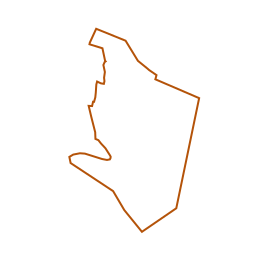 Darwin Waterfront Precinct, Australia (Equal Earth projection), rotated 311°
{"feature_id": "25037944B77006542086789", "entity_name": "Darwin Waterfront Precinct", "entity_type": "district", "adm_level": 2, "iso_a3": "AUS", "parent_name": "Australia", "parent_adm1": "", "projection": "equal_earth", "projection_center": [130.846, -12.469], "detail": "fine", "context": "isolated", "style": "outline", "palette": "amber", "viewbox_px": 256, "rotation_deg": 311, "n_neighbors": 0, "source": "geoboundaries", "source_scale": "gbopen_adm2", "svg_char_len": 733}
<svg xmlns="http://www.w3.org/2000/svg" viewBox="0 0 256 256"><g transform="rotate(311 128 128)"><path d="M63.9,107.7L70.6,158.2L63.6,179.1L58.8,206.6L99.1,217.1L197.2,162.1L182.7,116.7L186.6,114.8L185.6,106.0L185.6,103.4L185.2,91.4L192.3,68.9L182.0,38.9L167.3,43.2L165.9,44.0L171.4,56.4L163.7,66.6L163.6,67.4L162.5,67.1L159.4,68.1L155.1,73.8L150.2,77.0L147.9,79.5L145.5,80.8L143.9,78.2L142.8,74.2L140.0,75.6L133.4,80.6L129.7,83.2L125.5,85.2L124.9,84.4L121.0,86.5L118.9,83.8L112.3,93.0L103.3,106.0L98.4,110.6L99.4,113.6L98.6,117.7L97.9,124.3L96.2,130.0L95.5,132.4L95.0,133.7L93.9,134.5L92.4,134.9L90.1,133.1L87.6,128.8L80.4,112.3L77.4,108.3L72.0,104.1L67.7,102.7L63.9,107.7Z" fill="none" stroke="#b45309" stroke-width="2"/></g></svg>